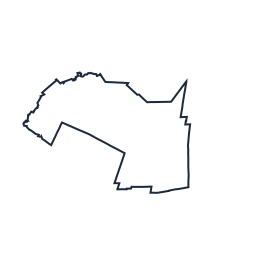 Vinh Thanh, Can Tho, Vietnam, rotated 227°
{"feature_id": "81297802B96455619083063", "entity_name": "Vinh Thanh", "entity_type": "district", "adm_level": 2, "iso_a3": "VNM", "parent_name": "Vietnam", "parent_adm1": "Can Tho", "projection": "robinson", "projection_center": [105.44, 10.207], "detail": "fine", "context": "isolated", "style": "outline", "palette": "slate", "viewbox_px": 256, "rotation_deg": 227, "n_neighbors": 0, "source": "geoboundaries", "source_scale": "gbopen_adm2", "svg_char_len": 4961}
<svg xmlns="http://www.w3.org/2000/svg" viewBox="0 0 256 256"><g transform="rotate(227 128 128)"><path d="M212.5,108.1L212.0,107.9L211.6,107.8L211.9,102.9L212.2,96.0L212.4,89.3L209.8,89.6L209.6,89.6L210.7,86.2L210.4,86.3L209.1,82.5L208.6,80.8L208.2,79.0L208.1,78.8L207.7,78.7L206.7,78.2L206.3,78.0L206.0,78.0L205.8,78.0L205.7,77.9L205.7,77.7L205.7,77.3L205.7,77.2L205.6,76.8L205.5,76.7L205.4,76.7L205.2,76.6L205.0,76.4L204.7,76.0L204.5,75.8L204.5,75.7L204.4,75.6L204.4,75.4L204.5,75.3L204.8,75.5L204.9,75.4L205.0,75.3L205.0,75.2L204.9,75.0L204.9,74.9L205.0,74.7L205.1,73.5L204.8,72.7L204.7,70.7L204.3,70.6L204.1,70.0L203.9,69.3L205.9,68.4L205.7,67.5L205.2,65.6L204.9,65.1L205.2,64.8L205.3,64.8L205.8,64.4L205.8,64.1L205.6,63.7L205.4,63.4L204.7,62.8L204.4,62.7L204.2,62.3L204.1,62.1L203.7,61.8L203.4,61.5L203.0,60.8L202.8,60.6L202.5,60.3L202.2,60.0L202.1,59.9L201.8,59.8L201.5,59.7L201.4,59.7L201.6,59.4L201.7,59.2L201.7,58.8L201.8,58.8L202.0,58.9L202.3,58.7L202.5,58.6L202.8,58.5L203.1,58.3L203.1,58.2L203.0,57.7L202.9,57.4L202.5,57.3L202.5,57.2L202.4,57.2L202.5,57.1L202.7,56.9L202.5,56.0L202.5,55.9L202.8,55.8L202.9,55.7L202.7,55.3L202.6,55.2L202.7,54.8L202.7,54.7L202.4,54.5L202.2,54.4L200.6,53.5L198.5,55.3L198.0,54.6L194.0,54.7L193.5,55.1L188.0,56.2L186.5,56.5L186.4,56.5L185.4,57.1L185.1,57.3L184.6,57.7L184.3,57.8L184.1,57.9L184.1,58.1L183.9,58.2L183.7,58.2L183.4,57.6L183.2,56.7L182.7,57.1L182.2,57.4L182.0,57.5L181.8,57.6L181.7,57.8L181.6,58.0L181.2,58.2L181.0,58.4L180.9,58.6L181.0,58.9L178.5,57.9L178.2,58.0L174.8,58.7L169.9,59.6L167.9,60.1L169.9,65.2L171.5,69.3L172.9,72.7L174.1,76.0L175.2,78.8L175.5,79.6L175.8,79.9L176.5,81.9L177.0,83.5L176.4,83.7L174.3,84.7L173.3,85.1L172.9,85.2L171.9,85.7L171.0,86.1L170.3,86.3L169.9,86.5L169.7,86.5L169.3,86.9L168.8,87.1L167.5,87.6L162.6,89.7L152.9,94.0L150.2,95.2L148.5,95.8L141.4,98.1L137.2,99.6L135.5,100.2L133.6,100.9L130.3,102.0L130.0,102.1L126.6,103.2L121.3,105.1L120.8,105.3L114.6,107.4L111.9,108.4L111.1,107.0L108.8,102.6L108.2,101.6L106.2,97.9L104.8,95.3L103.2,92.3L101.4,88.9L98.1,82.8L97.4,81.5L96.9,80.5L93.5,84.0L92.6,82.4L90.4,78.4L90.2,78.5L88.7,80.3L87.1,82.1L84.1,85.2L84.5,85.7L81.7,88.8L82.6,90.5L82.0,91.0L74.3,99.3L69.1,105.2L65.3,100.3L60.4,105.5L58.6,108.2L54.0,115.2L54.2,115.4L51.3,120.1L48.0,124.7L47.7,125.3L47.3,125.9L46.9,126.4L43.5,131.8L47.5,135.5L51.8,139.9L57.8,145.0L66.5,153.1L67.4,153.8L70.5,156.7L70.5,156.9L70.6,157.0L70.9,157.1L72.7,158.6L73.9,159.6L74.8,160.5L77.6,163.6L80.6,166.9L83.1,169.7L88.3,175.9L91.5,172.3L93.7,175.1L93.5,175.4L95.2,177.4L96.0,178.6L100.0,173.9L104.2,179.3L105.5,181.1L108.0,184.0L109.6,186.0L112.1,189.3L114.5,192.3L116.6,195.2L119.8,199.3L121.7,201.8L122.1,202.3L122.3,202.5L121.9,200.0L118.6,181.9L117.8,177.4L124.2,170.3L126.2,168.1L127.6,166.5L130.1,163.8L133.8,159.6L134.0,159.5L135.5,159.4L141.7,159.0L144.2,158.9L145.0,158.9L145.9,157.5L146.1,157.5L146.6,157.4L152.6,156.9L157.3,156.6L160.2,156.3L160.7,158.8L162.7,156.9L165.3,154.4L166.5,153.2L169.5,150.3L172.3,147.6L175.3,144.6L177.1,142.9L179.5,143.2L180.5,143.4L183.1,143.8L184.8,144.0L184.8,144.3L186.5,144.4L186.5,144.2L186.4,143.5L186.4,142.6L186.8,142.2L187.0,142.1L187.2,141.9L187.3,141.8L187.3,141.7L187.2,141.6L187.0,141.4L187.0,141.2L187.2,140.9L187.3,141.0L187.5,141.1L188.2,141.1L188.4,141.1L188.5,141.1L188.7,141.3L188.9,141.4L189.0,141.5L189.3,141.4L189.5,141.2L189.8,140.9L190.1,140.5L190.4,140.1L190.5,140.0L190.8,140.0L191.0,140.0L191.2,139.9L191.4,139.5L191.5,139.4L192.3,139.0L193.1,138.6L193.6,138.5L193.8,138.2L193.8,137.8L193.9,137.6L194.0,137.4L194.5,137.0L194.8,136.9L195.0,136.8L195.1,136.6L195.2,136.2L195.3,135.9L195.3,135.7L195.2,135.5L195.1,135.0L195.1,134.8L195.1,134.6L195.1,134.4L195.3,134.2L195.9,133.7L196.1,133.5L196.3,133.1L196.5,132.8L196.5,132.6L196.5,132.4L196.5,132.2L196.4,131.8L196.3,131.4L196.3,131.0L196.3,130.8L196.3,130.4L196.4,130.2L196.5,130.0L196.7,129.7L197.0,129.4L197.4,129.3L197.6,129.3L197.7,129.2L198.1,128.8L198.3,128.9L198.6,128.8L198.7,128.7L198.8,128.8L198.9,129.0L199.0,129.1L199.1,129.3L199.0,129.9L199.0,130.0L199.3,130.3L199.5,130.6L199.7,130.8L199.8,130.9L200.2,130.8L201.1,130.2L201.5,130.4L202.7,128.5L201.4,127.8L200.8,127.4L200.1,127.1L200.8,125.2L200.9,124.8L200.7,124.8L200.4,125.0L200.3,124.9L200.2,124.9L200.1,124.7L200.3,123.9L200.2,123.7L200.2,123.4L200.1,123.2L199.8,123.0L199.6,123.0L199.3,123.0L199.2,122.9L199.1,122.6L199.2,122.4L199.4,122.3L199.5,122.3L199.8,122.4L200.0,122.5L200.2,122.4L200.5,122.2L200.7,121.8L200.7,121.7L200.4,121.4L200.2,121.4L199.9,121.5L199.7,121.5L199.6,121.4L199.6,121.1L199.7,120.7L199.9,120.4L200.1,120.3L200.3,120.2L200.5,120.2L201.2,120.3L201.6,120.4L201.8,120.3L202.0,120.3L202.3,120.3L204.5,114.9L205.0,113.8L205.4,113.2L205.4,112.9L205.0,112.6L204.9,112.5L204.8,112.4L204.8,112.2L204.8,111.8L204.7,111.3L204.8,111.3L205.0,111.3L205.8,111.6L206.1,111.6L206.5,110.4L206.7,108.9L207.3,108.9L212.4,108.8L212.5,108.1Z" fill="none" stroke="#1e293b" stroke-width="2"/></g></svg>